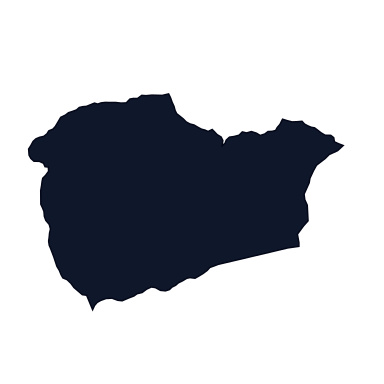 Brejo do Cruz, Paraíba, Brazil, rotated 352°
{"feature_id": "56859067B33912375522561", "entity_name": "Brejo do Cruz", "entity_type": "district", "adm_level": 2, "iso_a3": "BRA", "parent_name": "Brazil", "parent_adm1": "Paraíba", "projection": "orthographic", "projection_center": [-37.497, -6.33], "detail": "fine", "context": "isolated", "style": "filled", "palette": "ink", "viewbox_px": 384, "rotation_deg": 352, "n_neighbors": 0, "source": "geoboundaries", "source_scale": "gbopen_adm2", "svg_char_len": 2172}
<svg xmlns="http://www.w3.org/2000/svg" viewBox="0 0 384 384"><g transform="rotate(352 192 192)"><path d="M348.2,167.0L344.0,164.7L340.0,162.1L339.9,157.9L337.3,155.2L331.7,154.3L328.0,151.3L325.1,148.3L322.3,145.5L319.1,144.5L315.9,142.6L312.9,140.4L310.8,137.3L305.6,137.0L300.8,136.5L296.0,134.5L291.8,132.5L288.5,137.3L285.4,140.0L283.4,142.7L279.8,143.1L275.7,142.7L272.1,144.7L267.4,145.5L264.0,142.7L259.2,140.4L254.3,141.1L250.2,139.5L246.5,142.3L241.3,142.9L236.7,142.9L233.1,145.4L231.4,148.5L228.3,150.3L229.7,145.3L228.5,141.6L224.8,138.6L222.8,135.7L220.7,132.9L216.4,134.3L213.3,132.4L210.1,131.1L206.7,128.6L203.3,125.9L199.4,124.3L196.0,121.8L193.5,118.4L190.5,115.2L187.7,112.3L186.6,108.9L186.1,104.7L184.8,100.4L183.8,95.5L182.5,91.6L176.0,92.2L165.8,90.5L159.8,90.2L155.7,89.3L151.1,91.8L147.0,91.2L143.5,91.3L139.3,94.6L134.2,94.1L128.7,92.7L123.4,92.0L118.6,91.2L114.4,91.1L110.9,91.8L107.8,90.4L103.8,91.4L99.5,92.5L95.7,92.3L92.1,92.6L89.2,94.6L85.2,95.5L80.7,96.3L77.4,98.2L72.4,99.8L69.0,104.1L65.8,108.1L63.0,110.4L58.7,111.5L56.4,114.3L52.9,116.3L48.8,116.6L44.9,117.6L41.7,119.8L38.9,123.6L36.2,126.7L35.8,132.9L37.1,136.3L39.7,139.5L45.1,140.4L49.0,142.9L50.0,146.5L53.2,147.3L52.9,151.5L49.3,155.2L46.1,157.6L44.9,161.1L44.0,164.5L42.4,169.5L40.6,183.1L41.8,187.0L42.7,190.6L42.4,195.6L43.3,199.8L46.1,204.2L46.7,209.0L45.2,212.9L44.3,216.8L43.2,220.7L43.2,224.9L44.2,228.5L46.1,236.9L47.9,246.9L49.7,251.1L50.9,255.8L52.2,259.1L56.1,261.4L59.4,265.6L61.8,270.1L64.8,273.5L69.1,278.4L73.3,279.6L77.2,294.7L79.7,290.8L82.6,288.2L86.4,286.7L92.0,285.5L98.0,286.0L103.4,288.9L107.7,290.0L114.7,288.1L120.0,286.9L123.4,285.1L128.6,284.6L133.5,281.9L138.5,280.4L142.5,281.6L147.0,285.0L152.0,286.2L156.1,285.5L158.9,283.4L162.8,282.1L165.8,280.1L170.4,278.6L174.8,276.7L178.1,276.5L183.0,277.8L186.8,276.3L191.7,274.2L196.2,271.7L199.2,269.2L203.5,268.3L207.8,267.3L263.1,262.2L278.9,260.7L290.3,260.7L290.8,257.1L290.5,248.5L297.7,241.1L302.9,236.7L304.3,221.1L302.6,215.3L302.7,209.7L309.3,199.2L310.7,194.8L315.3,187.7L319.0,182.8L328.5,177.4L333.0,174.0L342.0,171.3L348.2,167.0Z" fill="#0f172a" stroke="#020617" stroke-width="1.5"/></g></svg>